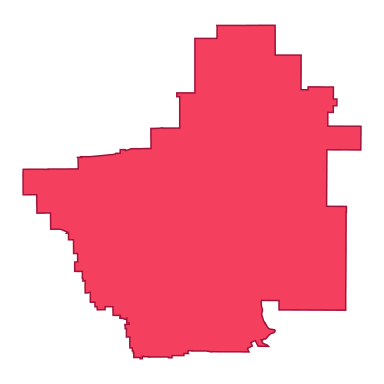 outline of Perenjori, Western Australia, Australia
{"feature_id": "25037944B82153403198712", "entity_name": "Perenjori", "entity_type": "district", "adm_level": 2, "iso_a3": "AUS", "parent_name": "Australia", "parent_adm1": "Western Australia", "projection": "orthographic", "projection_center": [116.454, -29.398], "detail": "fine", "context": "isolated", "style": "filled", "palette": "rose", "viewbox_px": 384, "rotation_deg": 0, "n_neighbors": 0, "source": "geoboundaries", "source_scale": "gbopen_adm2", "svg_char_len": 4486}
<svg xmlns="http://www.w3.org/2000/svg" viewBox="0 0 384 384"><path d="M90.4,302.3L94.9,302.2L95.0,306.8L97.2,306.8L97.2,309.8L104.0,309.7L105.1,309.7L105.1,306.7L112.9,306.7L113.0,312.2L113.1,315.4L114.5,315.4L116.0,315.4L118.9,315.4L120.4,315.4L120.4,317.0L119.9,317.0L119.9,318.3L123.0,318.3L123.6,318.8L124.6,319.2L125.4,319.2L126.8,318.2L126.8,318.7L126.2,319.3L126.3,319.8L126.8,320.1L126.8,322.8L129.1,322.8L129.1,324.4L124.9,324.4L124.9,324.9L124.9,325.3L125.2,325.3L125.2,327.5L125.2,328.7L126.4,328.6L126.4,329.5L126.4,337.0L126.6,337.0L129.8,337.0L129.8,340.6L129.8,345.7L129.9,348.0L130.0,348.0L132.3,348.0L132.3,350.9L133.3,350.8L133.3,352.9L133.8,352.9L133.8,357.5L140.1,357.5L140.1,358.7L142.3,358.7L142.3,356.3L143.4,356.3L143.4,356.7L148.6,356.7L148.6,357.1L151.0,357.0L153.8,357.0L158.9,357.0L168.5,357.0L168.5,357.7L170.8,357.8L172.0,357.8L172.0,357.6L172.0,355.6L175.1,355.6L182.5,355.6L183.9,355.6L183.9,355.4L183.9,353.5L188.4,353.5L188.2,353.2L188.0,352.9L187.9,352.6L187.9,352.4L187.9,352.2L188.0,352.0L188.0,351.7L188.2,351.3L188.2,351.2L188.1,350.8L192.0,350.7L192.0,351.0L196.0,351.0L200.6,351.0L204.0,351.0L205.3,351.0L206.0,351.0L206.4,351.0L209.3,351.5L210.6,351.7L210.8,351.8L210.8,351.7L211.0,351.7L211.4,351.7L215.0,351.7L219.4,351.8L223.1,351.8L224.7,351.8L227.6,351.8L231.1,351.8L234.5,351.8L239.0,351.8L243.4,351.9L249.0,351.9L247.4,348.5L252.4,345.9L250.8,342.7L255.2,340.5L258.1,346.2L261.1,346.3L268.6,346.4L267.7,345.4L263.6,343.5L262.7,342.9L262.3,342.2L261.7,340.5L261.2,339.8L261.5,339.7L262.5,340.1L263.9,339.1L265.1,339.1L266.3,338.4L268.0,336.2L269.7,334.4L271.1,333.5L273.7,332.8L274.6,332.0L275.2,330.8L274.6,329.8L271.0,329.2L270.4,329.1L270.1,329.1L269.3,328.8L268.5,328.2L267.9,327.6L267.4,326.9L266.9,326.2L266.6,325.6L266.4,325.2L266.1,324.7L265.8,324.3L265.3,324.0L265.0,323.6L265.0,323.4L265.2,323.6L265.5,323.7L265.4,323.4L265.2,322.9L264.8,322.7L264.6,322.5L264.3,322.0L263.9,321.3L263.5,320.5L263.3,320.1L263.2,319.8L262.4,316.7L261.9,315.6L261.8,315.0L261.7,314.0L261.7,313.8L262.0,312.6L262.4,310.8L262.5,309.6L261.6,306.9L261.1,302.1L261.6,300.4L262.0,300.4L268.9,300.5L269.3,300.5L279.0,300.5L279.0,309.9L326.4,310.1L326.5,310.1L345.7,310.2L345.7,302.0L345.7,295.1L345.8,283.2L346.0,249.3L346.0,239.8L346.1,224.7L346.1,212.0L346.4,212.0L346.4,206.4L326.6,206.3L326.9,149.8L355.1,149.9L360.8,150.0L361.0,126.3L359.7,126.2L346.1,126.2L327.8,126.1L327.8,112.4L333.3,112.4L333.3,105.8L336.9,105.8L336.9,99.0L333.3,99.0L333.3,97.2L333.4,94.8L333.4,93.5L333.4,87.0L324.4,87.0L319.6,86.9L308.1,86.9L308.1,89.8L301.0,89.7L301.1,69.3L301.1,67.9L301.1,66.5L301.1,62.7L301.1,61.4L301.1,56.3L301.2,55.1L275.2,55.1L275.2,49.7L275.1,25.3L260.7,25.3L243.0,25.4L238.9,25.4L232.1,25.4L216.8,25.4L217.1,26.4L217.0,38.4L196.1,38.4L194.9,38.4L194.9,51.9L194.9,92.9L176.8,92.9L176.8,96.7L179.7,96.7L179.7,99.8L179.7,122.4L179.7,128.1L162.7,128.1L162.7,127.9L161.5,127.8L161.2,127.9L160.6,128.0L160.2,128.1L159.8,128.2L157.1,128.3L154.2,128.4L153.1,128.4L152.1,128.4L150.9,128.4L150.9,135.8L151.0,142.3L151.0,146.8L151.1,148.5L149.3,148.5L146.3,148.5L143.4,148.6L142.2,148.6L141.9,148.6L141.6,148.7L140.2,148.7L136.2,148.7L131.3,148.7L129.0,149.5L125.4,150.7L125.3,149.6L120.2,149.6L120.2,153.3L116.1,153.3L115.9,153.3L115.7,153.4L115.6,153.5L115.4,153.6L115.1,154.0L114.9,154.2L114.7,154.3L114.2,154.3L112.9,154.5L111.9,154.6L111.6,154.6L110.2,154.7L108.7,154.9L97.4,156.0L89.6,156.7L89.6,156.8L89.4,156.8L89.2,156.7L85.9,156.7L84.1,156.7L81.0,156.7L81.5,157.4L79.3,157.4L79.2,157.4L77.6,157.4L78.1,158.1L78.1,160.1L78.2,163.1L78.2,168.9L65.9,169.0L59.5,169.0L53.8,169.0L48.2,169.0L48.2,169.3L46.6,169.3L45.9,169.3L43.0,169.3L42.8,169.2L37.0,169.2L36.9,169.2L31.9,169.2L28.4,169.2L28.4,169.3L23.2,169.3L23.0,175.5L23.1,179.2L23.1,186.1L23.1,191.9L23.2,194.8L26.6,194.8L36.7,194.7L36.8,199.0L36.8,201.2L36.8,204.5L36.9,206.4L36.9,213.1L42.0,213.1L43.3,213.1L43.7,213.1L47.2,213.0L50.5,213.0L50.5,214.7L50.6,220.9L50.6,223.8L50.7,229.2L54.5,229.2L57.2,229.2L60.0,229.2L60.3,229.2L60.6,229.3L67.4,232.1L66.4,233.2L68.5,233.2L68.5,239.8L69.2,239.8L73.5,239.8L73.6,253.6L76.4,253.5L77.6,253.6L77.6,261.2L77.7,262.0L76.9,262.0L74.7,262.0L74.7,271.4L77.7,271.4L77.8,271.4L77.9,271.5L82.4,271.4L82.4,272.6L82.3,278.4L82.9,278.3L82.9,281.1L85.2,280.7L85.1,286.5L85.2,293.0L85.9,292.9L86.6,293.0L87.1,292.9L88.2,292.9L89.1,292.4L90.3,292.3L90.3,295.9L90.3,300.1L90.3,301.3L90.3,301.8L90.4,302.3Z" fill="#f43f5e" stroke="#9f1239" stroke-width="1.5"/></svg>